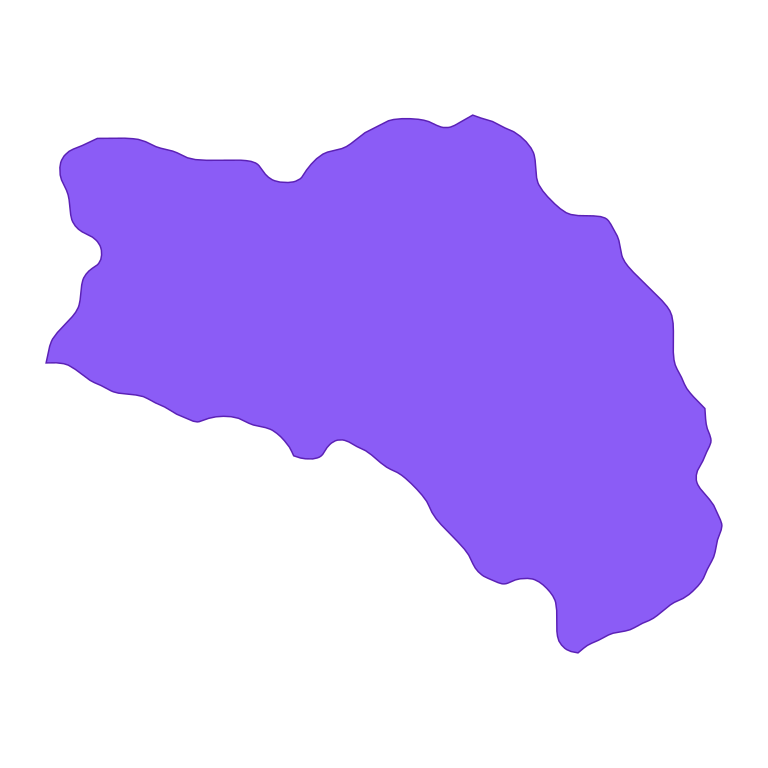 Altamira, Puerto Plata, Dominican Republic (orthographic projection)
{"feature_id": "3306468B71353623072064", "entity_name": "Altamira", "entity_type": "district", "adm_level": 2, "iso_a3": "DOM", "parent_name": "Dominican Republic", "parent_adm1": "Puerto Plata", "projection": "orthographic", "projection_center": [-70.789, 19.642], "detail": "fine", "context": "isolated", "style": "filled", "palette": "violet", "viewbox_px": 768, "rotation_deg": 0, "n_neighbors": 0, "source": "geoboundaries", "source_scale": "gbopen_adm2", "svg_char_len": 3637}
<svg xmlns="http://www.w3.org/2000/svg" viewBox="0 0 768 768"><path d="M293.7,455.8L300.5,458.0L305.5,458.8L312.8,458.9L317.4,457.9L319.4,457.1L321.2,455.9L322.7,454.4L327.0,447.6L329.8,444.5L331.5,443.0L335.3,440.8L337.6,440.1L342.4,439.9L344.8,440.4L349.0,442.0L356.8,446.5L365.6,450.7L371.5,454.9L380.7,462.8L386.5,467.1L390.7,469.4L397.4,472.5L401.6,475.2L405.6,478.4L411.4,483.7L416.9,489.3L422.1,495.2L426.7,501.4L428.9,505.8L432.0,512.5L436.1,518.7L441.1,524.6L457.4,541.4L464.4,549.1L468.8,555.2L473.0,564.0L475.3,568.1L478.2,571.7L481.7,574.8L483.7,576.2L488.0,578.3L498.0,582.6L502.0,583.8L504.0,583.9L506.0,583.7L507.9,583.1L515.4,579.9L520.1,578.8L527.5,578.4L532.5,579.0L534.9,579.8L539.2,582.0L543.1,584.9L546.7,588.3L549.9,591.9L552.8,595.9L555.0,600.3L555.7,602.7L556.7,610.4L556.9,631.2L557.5,636.2L558.9,641.0L561.5,645.0L564.8,648.3L566.7,649.6L571.0,651.5L578.0,652.9L583.6,648.2L587.4,645.4L591.7,643.2L598.4,640.3L608.6,634.9L613.1,633.2L625.3,631.0L630.1,629.7L634.3,627.7L642.4,623.3L649.1,620.5L653.4,618.2L657.2,615.5L670.3,604.9L674.3,602.4L683.1,598.4L689.0,594.5L692.7,591.3L697.8,586.1L700.8,582.4L703.4,578.3L707.3,569.3L711.7,561.1L713.7,556.9L715.1,552.0L717.5,539.9L721.2,529.9L721.9,525.9L721.7,523.8L720.4,519.9L713.7,505.3L709.5,499.5L700.2,488.6L697.8,484.7L696.9,482.5L696.3,480.1L696.3,475.2L697.5,470.6L702.9,460.8L706.6,452.1L709.4,446.4L710.8,442.6L711.0,440.5L710.8,438.5L709.7,434.7L707.3,428.7L706.2,424.0L705.6,419.0L704.9,408.5L693.5,396.8L690.0,392.8L686.8,388.6L684.4,384.1L681.5,377.4L677.1,369.2L675.2,364.9L674.0,359.9L673.3,352.2L673.4,331.1L673.1,323.3L671.8,315.7L669.9,310.9L667.1,306.6L662.0,300.6L633.4,272.3L628.1,266.4L625.0,262.2L622.6,257.7L621.8,255.3L618.9,240.6L617.3,236.1L610.9,224.4L608.5,220.8L606.9,219.2L605.0,218.0L600.6,216.6L593.5,215.9L578.3,215.6L570.8,214.5L566.1,212.7L560.1,208.6L554.5,203.7L547.6,196.7L542.8,191.0L538.9,184.9L537.9,182.7L536.6,177.8L535.1,160.1L534.2,155.1L533.4,152.6L531.0,148.0L526.1,141.7L520.3,136.3L513.8,131.8L504.9,127.9L492.5,121.5L480.5,117.9L472.7,115.1L454.6,125.4L450.4,127.1L448.1,127.5L443.3,127.5L441.0,127.0L436.8,125.4L428.8,121.6L423.8,120.2L418.4,119.3L410.1,118.7L401.8,118.7L393.6,119.5L388.4,120.8L365.0,132.7L350.7,143.8L346.4,146.6L341.8,148.6L327.5,152.1L322.9,154.1L316.6,158.7L311.2,164.2L306.5,170.1L301.7,177.4L300.1,178.9L295.7,181.2L293.3,181.9L288.1,182.5L280.1,182.1L274.8,180.8L272.3,179.8L268.5,177.3L265.3,174.2L259.1,165.8L257.6,164.3L255.6,163.0L251.1,161.4L246.0,160.6L240.6,160.2L206.6,160.3L195.4,159.6L187.5,157.8L177.1,152.8L172.7,151.1L160.7,148.2L156.0,146.7L145.6,141.7L138.3,139.4L132.9,138.7L124.6,138.2L97.4,138.4L82.1,145.6L73.3,149.1L69.1,151.3L65.6,154.4L64.0,156.1L61.6,160.2L60.7,162.6L59.9,167.5L60.2,175.0L61.5,179.9L66.5,190.3L68.1,194.8L69.1,199.8L70.7,214.8L71.8,219.7L72.8,222.0L75.3,226.0L78.5,229.3L82.2,231.9L92.4,237.1L95.9,240.0L97.5,241.7L100.0,245.6L100.8,247.9L101.4,250.3L101.6,255.0L100.8,259.5L98.7,263.4L97.3,264.9L92.3,268.3L89.0,270.9L86.1,274.1L83.7,277.9L82.8,280.2L81.7,285.0L80.1,300.1L79.1,305.0L78.3,307.4L75.7,312.2L72.4,316.5L57.4,332.5L52.6,339.0L51.4,341.4L49.7,346.2L46.1,362.9L56.5,362.8L63.8,363.7L68.2,365.1L75.2,369.3L90.0,380.3L94.3,382.6L101.0,385.5L111.2,390.9L113.4,391.8L118.3,393.1L136.0,395.0L143.3,396.6L147.6,398.6L155.7,403.0L164.7,407.0L176.7,414.2L193.2,421.2L197.2,421.9L199.1,421.7L208.8,418.3L215.9,416.8L223.5,416.3L231.2,416.7L238.6,418.3L249.0,423.3L253.4,425.0L265.5,427.6L270.2,429.2L272.6,430.4L276.9,433.4L280.9,436.9L284.5,440.8L289.4,447.1L291.8,451.7L293.7,455.8Z" fill="#8b5cf6" stroke="#5b21b6" stroke-width="1.5"/></svg>